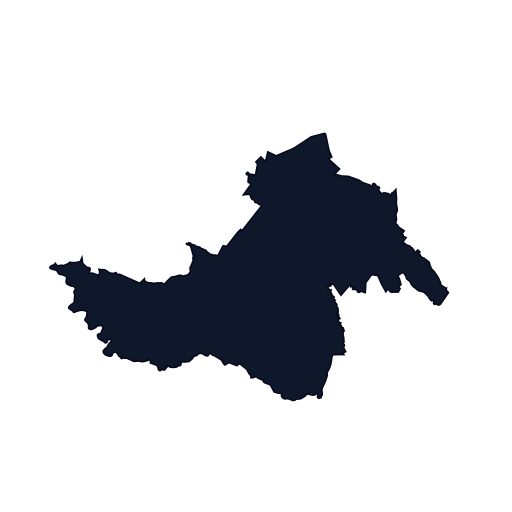 the district of Colima, Colima, Mexico, rotated 106°
{"feature_id": "50627088B47907092422730", "entity_name": "Colima", "entity_type": "district", "adm_level": 2, "iso_a3": "MEX", "parent_name": "Mexico", "parent_adm1": "Colima", "projection": "orthographic", "projection_center": [-103.617, 19.099], "detail": "fine", "context": "isolated", "style": "filled", "palette": "ink", "viewbox_px": 512, "rotation_deg": 106, "n_neighbors": 0, "source": "geoboundaries", "source_scale": "gbopen_adm2", "svg_char_len": 6136}
<svg xmlns="http://www.w3.org/2000/svg" viewBox="0 0 512 512"><g transform="rotate(106 256 256)"><path d="M252.5,69.9L253.0,67.0L251.6,65.4L238.2,60.9L237.3,61.9L237.0,63.1L235.3,64.1L234.3,64.0L234.5,64.6L233.6,68.0L232.6,70.5L230.7,71.3L226.3,75.0L221.8,80.4L220.2,83.4L217.0,86.2L214.2,87.7L211.6,94.3L211.9,95.3L210.1,98.5L209.5,98.7L209.8,99.0L209.2,100.7L206.9,99.4L205.6,102.2L208.6,104.1L208.6,105.3L207.0,105.6L205.0,108.4L204.8,109.5L204.0,110.8L203.8,114.3L202.1,118.7L196.9,116.7L196.6,118.9L196.9,119.8L195.1,120.4L194.7,121.9L191.0,120.4L188.9,126.5L186.7,129.5L186.4,130.8L181.8,131.0L177.6,132.9L173.0,132.7L166.0,135.9L163.0,136.4L153.4,139.9L157.1,141.7L157.4,142.6L160.9,143.5L160.0,144.6L159.5,146.3L159.9,150.6L161.2,151.3L160.8,153.9L158.6,156.3L159.2,156.8L156.7,156.0L156.0,156.3L155.5,158.0L155.9,159.0L155.5,159.9L154.1,160.8L154.3,161.7L153.6,162.4L154.5,163.7L155.1,163.7L156.0,162.9L157.1,163.9L156.4,165.8L156.0,173.5L154.7,177.6L153.9,189.2L155.4,195.5L155.6,202.9L149.3,199.6L142.7,213.0L139.9,210.4L134.5,214.8L119.8,222.6L119.1,223.8L126.2,235.9L142.0,249.4L154.1,264.3L152.6,273.4L161.9,273.0L161.3,275.7L160.5,276.2L160.5,277.3L159.5,277.9L159.4,278.7L165.5,282.1L166.4,281.2L166.9,279.9L178.3,278.9L179.0,284.5L177.7,287.0L178.7,287.9L179.7,288.1L179.8,287.3L180.4,287.3L180.3,285.4L187.0,284.2L188.3,280.6L200.8,285.1L199.0,280.8L198.7,279.2L199.8,277.7L201.0,277.3L202.7,275.3L202.9,273.0L204.7,271.8L204.7,269.2L205.7,267.2L205.5,264.5L206.4,264.6L235.5,276.4L234.6,278.1L238.1,280.1L254.9,286.9L255.0,290.1L255.8,290.7L264.3,292.4L265.8,292.4L266.5,296.3L267.5,296.5L266.5,298.4L267.2,299.5L266.1,302.3L266.1,303.4L265.5,303.7L265.6,304.8L264.4,305.3L263.8,309.8L264.0,310.9L263.2,311.7L263.0,312.8L263.1,316.5L262.5,317.8L262.5,321.6L261.5,322.6L262.0,323.4L261.8,324.4L262.6,324.7L263.1,326.3L263.5,326.4L264.0,325.7L264.3,321.8L273.1,316.3L275.8,316.0L275.9,315.5L276.4,315.7L278.4,315.1L279.4,315.5L280.4,315.4L285.7,316.2L289.3,314.7L292.8,316.2L295.6,320.9L295.2,321.6L295.5,324.4L297.6,327.5L299.8,331.8L308.6,336.7L307.7,339.2L309.6,345.0L310.1,345.3L311.4,353.2L310.6,356.1L308.6,357.0L314.2,360.2L311.1,382.2L312.1,383.5L310.5,386.1L312.1,388.4L312.6,392.0L310.9,397.2L312.1,403.4L314.7,401.6L318.8,402.1L317.9,402.9L317.5,408.5L318.6,411.8L314.4,411.6L313.2,412.6L313.4,415.7L310.8,420.5L305.4,422.9L309.9,423.5L312.4,428.6L313.4,433.6L314.7,434.0L318.2,438.3L318.3,440.1L319.8,443.5L320.0,444.7L318.9,446.3L317.7,447.2L318.5,447.0L320.1,447.7L321.2,449.4L322.9,450.9L324.1,451.1L324.8,450.0L324.9,443.5L326.7,441.8L327.8,439.9L327.4,436.6L327.8,434.7L327.7,432.9L329.3,432.0L333.4,431.5L335.1,430.0L335.8,426.1L335.6,423.2L336.4,420.8L337.5,420.6L341.0,421.2L342.7,419.7L349.9,418.2L351.5,418.4L354.0,420.6L356.6,422.0L357.6,421.8L358.1,421.1L359.6,416.6L360.5,415.9L360.1,414.7L359.5,414.3L356.7,410.0L355.8,406.6L355.9,403.9L356.7,402.9L358.1,402.6L361.4,402.3L364.4,403.1L365.3,402.5L366.4,400.0L367.9,398.2L371.9,396.9L372.3,395.2L371.7,393.3L368.8,390.2L367.2,389.5L365.3,385.3L366.2,384.0L367.7,383.3L373.5,384.0L374.4,386.1L375.3,386.7L376.7,386.3L378.4,385.1L379.2,383.6L380.2,379.0L381.2,376.8L380.2,375.5L378.2,375.5L377.3,374.9L376.2,373.1L376.6,371.8L377.8,371.8L380.8,373.2L385.4,374.4L386.3,375.4L389.2,376.7L390.1,376.6L391.3,375.8L392.7,373.1L392.9,369.4L392.0,367.5L391.4,367.0L390.1,367.1L388.1,366.3L387.1,364.6L387.2,363.5L390.0,360.3L390.6,358.5L391.8,357.1L390.8,355.8L389.9,351.7L391.0,344.2L389.4,340.1L389.0,336.2L388.4,334.7L386.1,330.9L384.5,330.6L384.8,329.8L386.2,328.6L388.0,328.0L388.4,321.8L389.1,320.4L392.4,318.2L392.8,316.9L391.9,315.6L390.9,315.0L390.9,312.5L386.0,310.4L386.5,307.6L386.0,304.8L384.7,301.8L382.7,300.0L382.4,298.8L382.0,298.4L378.2,298.2L377.6,295.4L375.9,291.2L372.2,288.8L369.7,288.2L368.4,286.0L365.2,283.7L364.6,280.7L365.7,277.2L365.4,274.8L362.7,273.8L362.0,273.0L363.2,271.0L363.6,267.6L365.4,260.9L369.0,256.8L369.4,255.8L366.3,253.0L366.0,251.6L366.7,244.7L366.6,244.0L364.5,242.6L364.3,241.3L367.6,233.7L371.0,230.4L372.1,228.4L374.5,227.2L374.2,226.0L372.1,222.9L372.1,221.8L372.8,220.8L373.7,214.8L375.0,214.1L375.5,212.7L376.0,206.7L381.7,201.1L381.8,196.4L380.9,194.5L381.6,193.6L383.9,192.8L385.4,190.6L385.4,188.4L384.7,187.4L384.4,185.5L384.8,180.8L384.1,179.1L382.3,177.4L381.5,174.8L380.6,173.3L377.0,170.0L374.6,169.2L374.2,163.0L373.3,161.2L371.1,159.1L372.4,158.4L374.4,158.2L375.3,157.4L375.5,156.3L374.3,154.4L372.7,154.7L371.9,154.1L370.0,154.3L366.9,155.7L364.9,155.9L357.2,154.7L351.3,154.5L348.5,155.5L345.0,154.6L339.9,154.2L333.5,154.9L332.8,155.4L329.6,154.6L326.6,144.3L325.6,145.7L323.2,143.3L320.5,146.0L319.0,146.6L317.3,146.3L316.1,147.9L313.6,147.7L313.0,148.5L311.2,148.7L306.9,150.9L305.7,151.1L303.2,150.6L302.9,152.0L301.5,151.9L300.9,152.4L300.9,154.4L299.3,154.8L299.1,156.5L297.0,155.9L296.5,158.4L293.7,159.6L293.3,159.5L293.4,158.3L293.0,158.0L292.4,158.9L293.0,160.1L292.5,160.4L291.0,159.7L290.6,160.6L289.3,160.4L288.9,161.3L289.3,162.0L289.1,162.4L287.3,161.5L283.6,162.8L282.8,163.6L282.5,165.4L281.4,164.7L280.6,164.7L279.6,165.7L279.5,166.7L278.7,166.9L278.4,167.7L277.8,168.0L276.6,167.6L276.2,169.6L274.1,169.3L273.5,170.7L272.5,171.8L272.7,173.2L271.1,173.0L270.6,174.1L267.8,174.5L268.5,175.8L267.8,176.5L268.1,177.5L267.3,177.5L267.3,178.5L266.8,178.9L266.3,178.8L265.5,177.5L263.7,177.6L264.3,175.9L263.9,175.7L262.6,176.9L261.8,173.8L270.4,163.5L257.7,157.7L258.2,156.7L259.6,156.5L259.0,155.4L259.1,154.7L259.7,154.3L259.4,153.2L260.3,153.3L261.2,154.1L261.5,153.7L260.7,150.4L261.0,149.4L262.4,148.7L262.7,147.0L261.0,145.0L260.9,143.4L261.3,142.4L261.1,140.8L249.5,143.5L250.6,142.8L241.5,139.4L242.0,138.9L241.5,134.8L241.0,134.6L241.1,133.7L248.1,127.9L254.7,121.3L251.8,120.4L252.3,118.5L253.2,117.6L253.6,116.2L251.4,109.2L247.7,108.4L246.3,110.4L243.4,108.7L238.3,111.9L236.0,114.1L234.0,112.8L230.9,109.9L232.1,109.0L232.3,108.4L234.3,106.3L236.5,104.8L238.3,100.6L240.4,99.1L242.1,96.4L244.6,90.2L244.5,84.6L247.0,79.8L249.0,77.8L250.7,75.1L250.6,74.4L249.0,72.8L252.7,72.3L253.4,71.2L252.5,69.9Z" fill="#0f172a" stroke="#020617" stroke-width="1.5"/></g></svg>